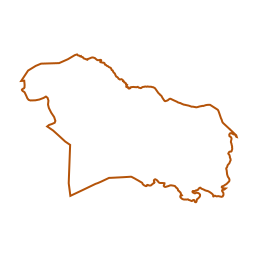 the district of Al Radoum, Southern Darfur, Sudan, rotated 273°
{"feature_id": "16777658B70477888733853", "entity_name": "Al Radoum", "entity_type": "district", "adm_level": 2, "iso_a3": "SDN", "parent_name": "Sudan", "parent_adm1": "Southern Darfur", "projection": "natural_earth1", "projection_center": [24.105, 9.73], "detail": "fine", "context": "isolated", "style": "outline", "palette": "amber", "viewbox_px": 256, "rotation_deg": 273, "n_neighbors": 0, "source": "geoboundaries", "source_scale": "gbopen_adm2", "svg_char_len": 5807}
<svg xmlns="http://www.w3.org/2000/svg" viewBox="0 0 256 256"><g transform="rotate(273 128 128)"><path d="M169.4,18.9L169.8,21.9L165.6,22.5L163.0,22.5L162.2,22.0L161.9,21.4L160.9,20.1L160.6,20.0L160.2,20.2L159.4,20.9L158.8,22.1L158.2,22.9L154.7,24.8L152.3,26.0L150.9,27.3L150.4,29.1L150.8,34.0L151.8,38.0L153.6,42.1L155.1,44.4L153.9,46.1L151.2,47.1L147.2,46.9L143.9,47.9L139.3,50.5L135.0,53.7L131.3,55.1L129.4,54.5L128.0,51.8L126.9,49.0L125.3,47.2L121.6,53.3L116.9,59.1L111.2,66.0L108.1,71.1L74.6,71.6L69.7,71.7L57.2,74.0L64.0,86.6L70.4,98.3L70.6,98.7L71.4,100.7L73.0,103.9L75.9,109.3L77.2,111.7L77.4,114.1L78.6,125.6L79.5,133.5L79.4,134.1L77.8,137.6L77.4,138.3L76.0,141.2L75.5,142.1L74.5,144.1L74.0,145.0L73.5,145.3L72.8,145.6L72.0,146.5L71.5,147.3L70.9,148.8L71.0,149.6L71.4,149.8L72.1,150.1L72.2,150.7L71.7,152.0L71.7,152.8L71.8,153.7L71.9,153.9L72.6,154.7L72.9,154.9L73.6,155.8L74.4,156.5L74.4,156.9L75.1,157.3L75.5,157.1L75.9,156.8L76.7,156.6L77.3,156.7L76.8,156.6L77.3,156.7L78.0,157.3L78.2,158.0L77.5,159.5L76.8,160.1L76.3,160.8L75.4,161.4L75.0,162.1L74.8,162.8L74.8,163.9L74.9,164.8L74.8,166.6L74.8,167.3L74.4,167.4L73.9,167.3L73.2,167.0L72.1,166.7L71.3,167.4L71.1,168.2L71.2,168.8L72.2,171.6L72.8,172.8L73.0,173.5L73.0,174.4L72.7,176.9L72.4,178.0L71.2,179.1L70.5,180.1L70.0,180.6L69.6,180.9L68.3,181.3L68.0,181.9L66.8,183.2L66.4,183.7L65.9,184.0L65.1,184.3L65.9,184.0L66.3,183.7L66.8,183.2L67.9,181.9L68.3,181.3L68.8,181.2L69.5,180.9L69.9,180.6L70.3,180.3L70.4,180.1L71.1,179.1L72.4,178.0L72.7,176.9L73.0,174.4L72.9,173.5L73.0,174.4L72.7,176.9L72.4,178.0L71.1,179.1L70.3,180.2L69.9,180.6L69.5,180.9L68.3,181.3L67.9,181.9L66.3,183.7L65.9,184.0L65.1,184.3L64.8,184.2L64.4,184.4L64.2,184.6L63.8,185.2L63.6,185.4L63.3,185.0L63.3,184.4L63.1,184.0L62.7,183.8L62.0,183.8L61.3,184.2L60.9,184.7L59.9,186.0L59.5,187.7L59.6,188.8L59.6,190.3L59.9,191.6L59.3,192.5L59.2,193.2L58.4,195.4L58.5,195.8L59.5,196.9L59.5,197.3L59.4,197.9L57.7,198.7L57.4,199.6L57.7,200.0L58.8,200.4L59.7,200.4L60.3,200.6L60.8,201.0L61.3,201.7L63.1,203.2L64.1,203.5L65.3,203.4L66.1,202.6L66.6,201.9L67.0,200.3L67.0,199.7L66.4,198.8L66.3,197.7L66.8,196.9L67.1,196.0L67.8,195.7L68.4,196.0L68.5,196.8L68.5,197.6L68.7,198.3L69.2,199.0L69.4,199.8L69.7,200.5L70.0,201.2L70.2,201.4L71.1,201.7L71.5,202.1L71.9,202.6L72.2,203.2L72.1,203.6L71.5,204.1L71.3,204.6L71.0,205.1L70.9,205.7L70.2,207.4L70.2,207.6L69.7,208.4L69.7,208.9L69.4,209.5L69.3,210.8L68.4,212.8L68.0,213.4L67.5,214.3L66.5,215.7L65.8,216.3L64.8,216.7L64.2,216.7L64.1,216.8L64.2,217.2L64.5,217.4L64.9,218.0L64.9,218.5L64.4,219.8L64.4,220.3L64.7,221.7L64.2,224.8L64.2,225.2L64.7,226.2L65.2,226.3L66.0,226.8L67.0,226.8L68.2,226.6L69.9,225.3L70.6,225.2L70.9,225.3L71.3,225.9L71.3,226.5L71.4,226.9L71.7,227.5L72.7,228.6L72.7,227.1L73.3,225.1L73.9,224.7L74.2,224.8L74.5,224.9L75.5,227.0L76.0,227.5L77.2,229.3L80.0,231.8L80.7,232.0L81.6,232.0L82.1,231.9L83.0,231.5L84.4,230.4L85.3,230.0L86.9,229.4L91.1,228.7L92.4,228.2L93.1,228.3L93.7,228.8L94.5,229.1L95.9,229.4L96.3,229.6L96.7,229.9L97.5,230.6L98.0,231.0L100.6,231.9L101.3,232.2L102.8,231.9L103.8,231.3L104.9,231.2L106.3,230.7L106.8,230.3L107.1,229.9L107.7,229.5L108.7,229.9L109.2,230.2L109.6,230.6L109.7,231.0L109.9,232.3L110.2,232.6L112.5,233.2L113.3,233.1L114.1,232.9L114.5,233.0L115.5,232.8L116.6,232.4L117.6,232.2L119.3,231.5L120.1,231.5L122.3,231.9L123.0,231.9L123.6,231.7L124.5,231.0L125.1,229.8L126.3,229.5L126.9,229.5L128.0,230.2L128.2,230.6L128.2,231.6L127.2,233.8L126.9,235.1L126.5,236.0L125.6,236.1L125.2,236.4L124.8,236.7L124.7,237.1L126.5,236.4L126.7,236.0L130.6,231.5L137.8,222.9L138.5,222.2L139.5,221.7L141.5,221.0L142.2,220.5L147.7,218.3L149.6,217.5L150.3,217.1L150.9,216.7L155.4,208.8L155.4,207.7L155.2,205.8L154.9,204.5L153.9,201.9L154.0,201.1L153.5,199.6L153.5,199.1L153.0,197.7L152.9,197.2L152.6,196.7L152.2,194.9L152.4,194.2L152.4,193.9L152.7,191.7L152.7,191.1L152.6,190.5L153.5,187.5L154.0,184.4L154.2,183.4L154.2,182.7L154.8,180.9L155.7,178.8L155.7,178.3L156.3,176.2L156.7,175.7L158.1,172.1L159.4,169.0L159.4,168.4L158.6,167.1L157.9,166.5L157.4,165.6L156.8,164.0L156.8,163.5L157.2,162.9L159.0,161.5L160.4,160.5L161.2,160.1L162.0,159.5L162.5,158.8L162.8,158.3L163.2,158.1L164.4,156.6L169.1,152.9L169.7,151.8L170.1,150.8L170.1,149.9L170.4,149.2L170.3,146.9L170.5,145.3L170.2,144.7L170.2,144.3L170.3,143.4L170.3,142.8L170.0,142.1L169.8,140.8L169.5,140.1L169.1,139.6L168.7,139.2L168.5,138.4L168.7,137.8L168.8,136.9L169.3,135.9L169.6,135.6L169.2,134.4L169.2,132.5L169.3,131.4L169.1,129.9L169.0,129.2L168.7,128.2L168.2,128.0L167.9,128.1L167.7,127.8L167.7,127.4L167.4,127.0L167.5,126.6L168.0,126.0L168.5,126.0L169.3,125.3L169.2,124.8L168.9,124.3L169.1,124.1L170.2,124.1L171.1,124.7L171.6,123.7L172.2,123.7L172.7,123.3L173.2,122.5L173.2,122.1L173.5,121.8L173.8,121.8L174.3,121.4L174.5,120.6L175.2,120.7L176.2,119.4L176.4,118.8L176.0,117.4L176.7,116.0L177.1,115.8L177.9,115.1L178.5,114.3L178.6,113.8L179.0,113.4L180.0,112.8L181.7,112.0L182.7,110.8L183.5,110.2L184.5,109.8L184.7,109.6L184.9,109.0L185.0,108.7L186.0,108.3L186.4,108.0L186.9,107.8L187.2,107.4L187.4,106.9L187.9,105.6L188.7,104.7L188.9,103.8L189.1,103.4L189.7,102.9L190.1,101.7L190.4,101.5L191.0,101.4L191.3,101.3L191.8,100.7L191.8,100.3L192.0,99.8L191.9,99.0L192.2,98.2L192.2,97.4L192.3,97.0L192.6,96.8L193.0,97.0L193.9,97.7L194.4,97.6L194.6,97.2L194.5,96.2L194.2,95.1L194.2,93.8L195.6,91.8L196.1,91.3L196.5,89.8L196.6,88.9L196.4,87.9L195.5,86.0L195.0,84.9L194.9,84.4L194.8,84.2L194.3,84.1L194.0,83.9L194.0,83.6L194.5,83.0L194.5,82.2L195.1,80.7L195.1,80.4L195.2,80.0L195.6,79.7L196.1,79.4L196.4,79.0L196.5,78.5L196.5,78.4L196.7,77.8L196.8,77.4L197.4,77.2L197.1,76.4L197.6,75.8L197.6,75.5L197.7,75.4L197.9,74.2L198.8,73.3L198.0,71.1L193.5,64.3L189.2,55.8L187.7,37.8L185.2,32.6L180.1,25.2L169.4,18.9Z" fill="none" stroke="#b45309" stroke-width="2"/></g></svg>